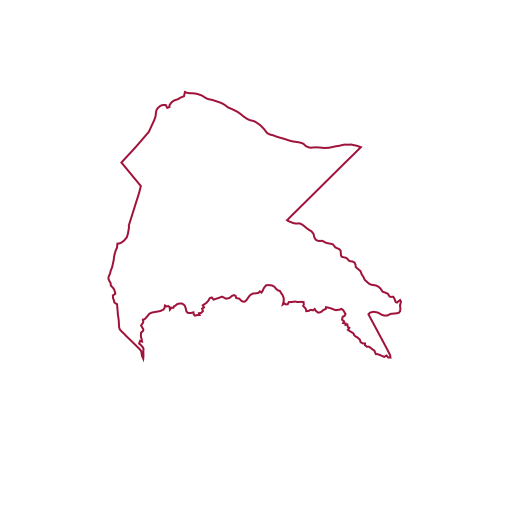 Lambari D'Oeste, Mato Grosso, Brazil, rotated 308°
{"feature_id": "56859067B64272920889218", "entity_name": "Lambari D'Oeste", "entity_type": "district", "adm_level": 2, "iso_a3": "BRA", "parent_name": "Brazil", "parent_adm1": "Mato Grosso", "projection": "albers", "projection_center": [-57.818, -15.449], "detail": "fine", "context": "isolated", "style": "outline", "palette": "rose", "viewbox_px": 512, "rotation_deg": 308, "n_neighbors": 0, "source": "geoboundaries", "source_scale": "gbopen_adm2", "svg_char_len": 5059}
<svg xmlns="http://www.w3.org/2000/svg" viewBox="0 0 512 512"><g transform="rotate(308 256 256)"><path d="M319.4,91.9L318.0,90.0L316.7,88.9L315.1,88.1L313.5,87.8L311.8,87.5L310.1,87.7L308.5,88.3L307.0,89.1L304.5,90.7L302.5,91.5L300.2,92.2L287.9,95.1L272.6,94.4L267.4,94.1L246.8,92.4L240.2,122.2L233.3,125.2L228.5,127.0L221.2,129.7L219.4,130.4L201.7,137.0L200.5,138.2L197.6,139.8L194.8,141.3L191.1,142.7L189.0,142.6L186.9,142.6L183.2,141.5L181.7,140.5L180.4,139.2L179.1,140.0L176.9,141.4L174.4,141.9L170.7,143.3L169.1,144.1L167.5,144.9L166.0,145.9L164.5,146.7L162.2,147.8L158.4,149.6L155.1,150.5L152.3,151.8L150.5,152.2L148.7,152.7L147.1,153.9L145.9,156.1L145.1,158.2L143.3,159.8L143.0,162.3L142.3,164.8L140.8,167.0L139.6,168.4L136.8,167.5L134.9,169.2L133.5,171.4L132.2,173.0L132.2,174.6L132.5,176.2L129.1,179.3L124.3,183.7L123.1,185.1L121.1,187.1L119.4,188.7L117.9,189.9L115.3,192.3L114.3,193.9L113.8,196.5L113.7,198.2L113.3,201.5L113.0,203.2L112.8,205.5L112.6,207.3L112.3,210.3L111.9,213.8L111.4,218.0L111.2,219.7L111.0,221.3L110.5,223.7L109.5,225.1L107.1,227.6L105.7,230.3L107.7,229.0L109.6,227.5L111.8,225.6L113.3,224.8L114.3,223.4L114.8,220.9L115.0,219.3L115.0,217.8L117.8,216.9L118.4,218.9L120.3,216.8L121.5,215.1L122.6,214.1L124.9,212.6L127.6,213.1L128.9,212.3L129.7,210.2L130.5,208.2L133.6,208.1L135.0,207.5L136.2,206.1L137.6,207.1L139.8,207.4L144.8,207.5L146.9,208.5L148.6,209.9L153.6,214.4L156.9,216.1L158.6,215.9L161.0,214.8L161.0,216.4L162.5,217.6L162.6,219.2L160.8,221.2L163.2,221.1L164.3,222.8L166.0,222.4L167.4,223.1L169.1,223.3L171.4,224.9L173.0,227.0L173.2,229.2L172.8,230.9L171.5,232.8L169.5,235.3L169.2,237.3L170.9,239.7L173.1,241.4L171.6,243.0L171.4,244.6L173.3,246.1L174.8,247.9L175.8,246.3L177.6,247.9L180.0,248.1L181.3,245.9L183.5,246.7L184.4,244.4L186.2,245.0L188.0,245.7L190.2,245.9L192.1,245.9L194.2,245.5L196.1,246.7L195.5,249.4L200.1,252.5L203.1,254.3L203.9,258.7L206.5,260.9L209.9,261.7L211.6,262.7L212.0,264.4L210.7,266.3L212.1,269.2L211.7,271.6L211.9,273.6L213.0,275.2L215.1,275.7L217.8,275.5L220.2,275.4L222.1,275.6L224.7,276.8L226.5,278.9L228.4,280.6L230.5,280.8L230.5,282.8L232.5,282.7L235.1,282.0L237.8,281.9L239.3,282.1L240.3,283.2L241.4,284.7L242.6,286.6L243.1,289.5L242.5,291.9L242.4,294.6L243.2,296.2L242.3,298.5L241.5,301.1L239.8,303.9L237.4,305.7L234.3,307.0L236.2,307.6L236.2,309.3L237.5,310.7L239.8,310.2L241.7,312.4L244.3,315.0L245.2,317.0L246.8,318.8L247.8,320.0L249.0,321.8L247.2,323.5L245.6,324.0L245.3,326.8L244.7,328.2L243.5,329.6L245.3,331.4L247.1,332.1L248.3,334.4L250.4,334.9L249.6,336.7L249.6,339.8L250.9,341.1L252.5,341.9L254.6,342.2L257.4,343.6L258.8,342.7L259.8,344.7L261.2,348.2L261.9,350.8L262.5,352.3L264.1,353.8L265.4,355.1L266.9,355.8L267.0,358.0L266.3,360.0L265.3,362.3L263.2,362.6L261.5,361.7L258.8,363.0L258.7,365.7L256.8,366.0L258.0,368.1L256.8,369.0L258.3,370.1L256.6,372.1L256.8,373.8L254.4,373.8L254.5,376.0L254.8,377.9L255.0,380.5L254.0,382.1L253.9,384.1L254.3,386.1L254.0,389.4L252.5,391.4L252.8,393.8L254.2,395.8L252.8,396.7L252.8,399.3L254.0,400.7L254.2,402.6L254.1,405.2L254.3,407.5L253.4,409.2L252.5,410.8L253.7,412.6L254.1,414.3L254.6,415.8L255.0,417.3L255.4,419.1L257.9,420.1L257.4,422.6L258.7,424.5L260.4,422.8L263.7,415.8L279.3,380.5L281.5,380.7L284.3,382.8L286.1,386.0L286.7,388.0L286.9,390.3L287.5,392.4L288.1,393.8L289.8,396.0L293.4,397.8L295.5,400.1L297.2,401.9L299.1,403.5L301.2,403.5L303.4,402.2L305.7,399.9L309.2,398.4L310.0,396.7L308.0,396.1L306.1,395.8L305.7,394.4L307.4,391.7L308.4,389.2L306.8,387.5L306.3,386.1L307.4,383.2L306.6,380.0L305.8,377.8L306.4,375.9L306.9,374.4L307.2,371.6L306.6,368.6L304.7,365.2L303.8,362.8L303.9,359.8L304.2,356.3L305.6,353.6L306.6,350.6L308.4,347.7L308.7,341.4L310.1,340.1L311.5,337.8L311.1,335.4L310.2,334.1L309.5,332.4L310.0,330.1L310.0,328.1L308.2,324.2L308.7,322.7L312.2,319.5L312.7,317.6L312.3,316.1L311.6,313.1L312.1,311.4L312.5,309.3L311.4,306.9L309.9,304.0L309.2,301.8L308.9,299.1L306.5,296.2L305.6,293.9L306.0,292.0L306.6,290.5L307.6,289.2L308.7,288.0L309.2,286.3L309.6,284.4L309.2,281.4L309.1,279.4L309.2,276.5L309.2,272.9L308.5,270.2L306.4,267.8L305.4,266.2L304.8,264.7L304.0,262.1L303.5,260.1L303.3,258.5L307.4,258.9L332.9,262.2L387.9,269.2L394.4,270.1L406.3,271.6L404.9,267.5L404.1,265.8L403.3,264.3L402.5,262.4L401.3,261.2L398.2,257.1L396.5,255.6L394.6,254.2L390.5,250.4L388.5,248.8L385.7,246.4L383.0,243.0L380.4,239.0L379.1,237.1L377.5,235.1L374.8,232.2L373.9,230.1L373.3,227.6L373.6,224.4L373.3,222.9L372.0,219.8L368.8,214.2L367.6,211.5L365.8,206.4L364.1,202.3L362.7,198.7L361.6,195.0L360.4,192.5L359.8,189.8L359.9,188.3L360.9,184.5L361.6,180.0L361.7,177.7L361.3,172.6L360.6,170.4L359.3,167.6L358.6,164.9L358.3,160.3L358.4,156.6L358.3,154.1L358.1,152.0L357.1,147.1L355.9,142.8L355.8,138.2L355.4,135.2L354.7,132.8L352.1,125.5L350.4,122.1L349.8,120.4L349.5,118.5L349.1,114.5L348.0,111.1L347.1,109.0L345.7,106.6L342.9,102.7L341.9,100.6L341.5,99.0L337.6,100.9L335.5,99.7L333.7,98.7L331.7,98.1L329.8,96.8L327.7,95.5L324.9,94.8L321.6,95.0L320.1,96.1L318.1,94.9L319.4,91.9Z" fill="none" stroke="#9f1239" stroke-width="2"/></g></svg>